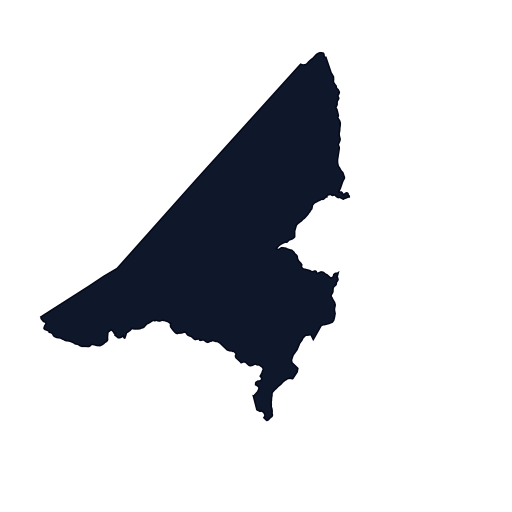 Tarrazu, San José, Costa Rica, rotated 222°
{"feature_id": "36466004B83189782085425", "entity_name": "Tarrazu", "entity_type": "district", "adm_level": 2, "iso_a3": "CRI", "parent_name": "Costa Rica", "parent_adm1": "San José", "projection": "robinson", "projection_center": [-84.074, 9.584], "detail": "fine", "context": "isolated", "style": "filled", "palette": "ink", "viewbox_px": 512, "rotation_deg": 222, "n_neighbors": 0, "source": "geoboundaries", "source_scale": "gbopen_adm2", "svg_char_len": 6085}
<svg xmlns="http://www.w3.org/2000/svg" viewBox="0 0 512 512"><g transform="rotate(222 256 256)"><path d="M351.2,428.4L351.5,271.7L350.9,153.8L355.5,139.3L359.9,122.0L375.2,66.7L373.8,66.2L373.8,65.7L370.0,65.1L369.6,65.5L368.8,65.7L367.1,65.6L366.5,64.6L366.5,63.4L366.0,62.0L365.5,60.8L365.0,60.2L363.5,60.2L362.0,60.9L359.7,61.6L358.6,60.9L357.2,61.8L355.7,62.1L354.1,61.8L353.4,61.3L351.9,61.3L349.5,62.1L346.5,64.2L343.8,64.9L343.3,65.2L341.6,65.5L340.4,66.0L339.0,67.1L337.0,68.3L333.4,69.5L331.6,69.7L329.1,71.2L326.6,71.6L324.8,72.4L323.0,74.1L319.7,76.8L319.2,77.7L319.2,79.3L318.7,80.6L317.2,81.6L314.4,83.0L312.3,84.6L311.8,85.1L311.0,87.1L310.5,89.0L310.5,90.6L309.9,92.3L309.9,93.7L310.3,94.6L312.0,96.3L314.9,100.1L314.9,101.3L314.6,102.0L314.6,103.0L314.1,104.4L311.4,104.3L309.9,103.7L309.0,103.8L308.3,104.2L308.1,103.9L308.0,102.8L303.7,103.0L302.5,104.1L301.7,105.7L301.2,107.9L300.2,107.2L299.2,106.9L298.6,107.1L298.7,107.8L299.3,108.5L299.3,109.1L300.9,112.4L300.4,113.6L300.0,115.7L299.8,116.2L299.8,119.4L299.2,119.4L298.4,119.8L296.7,121.1L295.4,122.5L295.1,122.6L293.5,124.4L293.0,125.7L292.1,126.9L291.7,127.9L291.7,132.3L290.5,135.3L289.7,138.4L289.1,139.5L288.5,140.0L288.0,140.0L286.6,141.9L285.8,142.2L285.3,142.2L285.2,142.5L284.0,143.2L282.9,145.2L282.3,145.9L281.5,146.2L281.1,146.7L277.1,148.4L275.4,148.4L274.7,148.9L274.4,148.9L273.2,147.2L272.0,146.2L268.1,145.4L265.6,145.1L263.9,145.1L262.6,145.6L261.9,147.0L261.5,147.2L261.1,147.9L260.8,147.9L259.7,149.1L258.4,151.4L258.1,151.5L257.7,152.1L256.2,152.1L254.7,151.6L253.6,151.6L251.7,152.2L250.2,152.9L246.5,152.9L245.2,153.2L244.4,154.5L243.6,155.3L243.0,156.4L242.2,156.2L241.8,155.8L241.3,155.8L240.8,156.1L239.4,158.0L238.5,158.7L236.0,158.8L234.4,159.3L233.9,159.8L233.7,160.4L233.5,160.5L233.0,162.0L232.2,162.9L231.8,164.0L230.8,164.7L229.0,165.4L228.6,165.8L228.4,165.8L227.9,166.4L227.2,166.7L224.5,167.2L214.6,166.9L212.0,168.0L211.7,168.5L211.4,168.5L210.4,169.3L209.3,169.6L208.6,170.4L205.2,170.0L204.6,168.2L203.9,167.5L202.8,167.0L197.1,166.9L195.6,166.7L194.6,168.7L194.0,169.3L192.7,170.1L188.3,170.0L187.2,170.3L186.8,170.6L185.7,172.0L185.1,173.3L184.8,174.3L183.9,175.5L182.6,175.7L181.9,176.1L181.0,177.0L180.3,177.2L176.5,177.6L174.6,176.6L174.3,175.1L173.4,173.2L172.5,169.5L170.1,169.1L169.3,167.8L169.1,166.5L169.9,165.3L171.0,164.2L171.5,162.2L171.4,161.6L170.2,160.0L167.9,160.5L165.7,160.3L164.7,158.6L164.5,157.6L164.0,156.4L164.0,150.6L164.5,150.3L152.5,142.3L149.1,143.2L148.6,144.0L148.0,144.5L147.0,144.8L145.3,144.8L143.1,143.9L142.3,143.0L142.0,141.1L138.1,140.9L137.7,141.3L137.2,142.4L137.2,145.4L137.0,145.8L137.0,146.8L136.8,147.1L136.8,147.6L137.3,148.8L139.1,150.1L139.9,151.3L140.4,151.8L140.7,151.8L141.5,152.8L141.9,152.9L142.4,153.5L143.2,153.7L143.9,154.3L145.7,156.4L146.4,156.8L146.6,157.3L147.0,157.5L147.7,158.8L149.4,160.8L150.6,162.8L151.9,164.3L152.6,165.5L152.6,170.0L152.4,170.3L152.3,173.8L151.7,177.2L151.7,181.2L151.5,181.6L151.2,183.4L150.8,184.2L150.6,185.6L149.4,187.5L149.2,187.7L148.8,187.7L148.6,188.1L146.8,189.1L146.6,189.4L147.8,197.4L149.7,200.5L157.9,200.8L160.0,202.4L162.1,207.2L162.8,213.8L164.7,219.2L165.1,220.0L165.6,224.5L166.2,226.0L166.1,230.1L165.3,231.1L164.1,232.3L163.2,233.6L162.1,234.1L157.5,232.2L161.0,248.0L160.1,249.8L159.1,250.8L157.8,252.8L156.4,255.0L155.8,256.3L155.8,256.6L155.4,257.0L155.0,257.9L155.2,260.1L156.5,262.7L158.7,266.2L161.0,267.9L162.3,269.2L164.3,272.6L166.4,274.0L170.2,275.2L171.7,275.9L172.5,276.0L173.3,276.4L173.6,276.8L174.1,277.7L174.5,280.0L175.3,281.5L176.1,282.3L176.9,283.4L177.1,283.4L177.1,283.7L177.5,284.0L177.5,286.3L177.3,287.0L177.3,288.3L178.7,290.5L178.8,292.2L179.2,293.3L180.6,294.4L181.4,294.2L183.7,298.6L183.8,298.0L185.4,296.3L185.6,295.7L185.8,294.2L185.2,293.2L184.8,292.3L184.9,291.1L185.4,290.2L186.1,289.6L190.6,289.6L192.5,289.0L194.7,289.0L195.5,288.7L196.7,288.0L197.2,287.5L198.4,284.7L199.0,284.1L200.0,284.2L200.9,284.8L202.2,284.4L203.4,282.2L204.8,281.4L206.0,281.3L206.7,281.0L211.0,278.8L212.0,278.0L214.6,278.1L215.6,279.2L216.0,280.1L218.3,280.7L220.3,280.7L222.1,281.2L223.6,282.0L224.9,283.2L226.1,283.7L229.0,283.7L230.3,284.2L233.4,284.2L235.2,283.1L236.2,282.8L236.9,282.3L239.0,281.8L242.0,279.8L242.7,279.1L243.3,276.7L243.8,275.7L245.4,275.1L245.9,275.2L245.9,279.4L245.3,281.7L244.2,284.6L243.6,285.6L243.6,285.9L242.4,286.7L242.2,287.1L242.1,290.3L241.9,290.4L240.7,292.4L240.2,294.0L240.0,295.9L240.2,296.3L244.0,300.5L246.6,305.9L246.6,308.4L246.2,309.9L246.0,311.8L245.7,312.3L245.7,314.9L245.3,316.3L245.3,321.8L245.6,322.9L245.6,324.8L246.0,326.3L246.1,328.4L248.1,331.8L248.1,334.7L247.7,335.5L246.4,339.2L245.8,340.1L245.7,341.5L244.5,342.5L243.9,343.3L243.7,344.2L243.6,346.2L242.8,347.5L243.7,348.2L243.8,348.6L242.4,351.0L241.2,351.9L240.4,351.9L239.6,352.2L238.5,354.0L235.6,354.0L234.5,354.2L233.7,354.6L233.4,355.2L232.8,355.7L229.1,356.6L228.8,357.7L227.4,360.3L227.2,361.3L226.2,362.0L226.2,362.4L226.9,363.0L228.3,363.1L229.5,364.0L230.5,363.9L231.0,363.6L231.3,363.0L231.6,362.2L231.6,361.2L231.9,360.3L233.0,360.3L234.3,360.7L235.4,360.7L237.0,359.1L237.5,359.0L238.6,362.8L241.0,368.4L241.7,370.3L242.2,372.6L242.8,373.6L247.3,376.1L249.9,376.3L252.9,377.4L254.7,377.8L255.5,378.2L258.0,380.1L259.8,382.1L266.1,391.7L267.0,392.6L269.0,393.5L269.3,393.8L269.8,394.9L270.6,397.3L271.2,398.6L271.8,399.3L274.4,401.0L276.1,402.6L277.5,404.9L279.3,407.2L281.1,409.8L282.3,411.2L284.2,412.4L287.7,413.4L288.1,414.0L288.5,415.2L289.0,415.7L293.8,419.0L295.9,419.6L296.2,420.3L296.9,422.7L299.0,425.0L299.8,428.3L300.2,428.8L301.9,429.5L302.3,429.9L302.6,430.5L302.8,431.7L303.3,433.0L303.8,433.6L306.3,434.6L308.1,434.6L308.8,434.8L309.8,435.7L310.5,436.1L311.8,436.2L314.4,436.9L315.1,437.4L316.7,439.4L318.4,441.1L322.9,442.5L337.1,450.5L337.6,449.9L338.7,449.7L340.1,451.1L341.4,451.8L341.7,451.8L343.1,451.0L344.4,450.0L344.9,449.3L345.8,447.0L346.0,445.7L346.0,440.9L346.4,439.4L346.8,435.9L346.8,432.4L347.3,431.3L348.6,429.7L349.2,429.2L351.2,428.4Z" fill="#0f172a" stroke="#020617" stroke-width="1.5"/></g></svg>